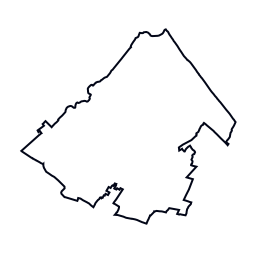 Mihai Eminescu, Botosani, Romania, rotated 87°
{"feature_id": "2599482B56977001468724", "entity_name": "Mihai Eminescu", "entity_type": "district", "adm_level": 2, "iso_a3": "ROU", "parent_name": "Romania", "parent_adm1": "Botosani", "projection": "mercator", "projection_center": [26.565, 47.773], "detail": "fine", "context": "isolated", "style": "outline", "palette": "ink", "viewbox_px": 256, "rotation_deg": 87, "n_neighbors": 0, "source": "geoboundaries", "source_scale": "gbopen_adm2", "svg_char_len": 5656}
<svg xmlns="http://www.w3.org/2000/svg" viewBox="0 0 256 256"><g transform="rotate(87 128 128)"><path d="M195.8,179.8L196.0,179.1L197.8,176.7L200.2,172.6L200.4,172.4L201.2,171.0L201.6,170.6L203.4,168.9L205.3,166.7L202.4,164.9L201.7,164.7L200.8,164.0L199.0,162.4L198.2,161.6L197.5,160.5L197.3,160.3L196.1,159.7L195.9,159.2L196.7,158.3L196.0,157.9L196.4,157.0L194.0,155.7L194.3,154.8L192.6,153.9L193.9,151.5L191.4,149.9L189.6,152.8L185.9,150.4L187.0,148.5L185.1,147.2L184.5,146.5L185.0,145.7L182.7,144.1L183.3,142.6L184.7,143.4L184.9,143.1L187.7,144.9L188.2,144.2L188.8,142.8L187.6,142.0L189.2,139.7L187.7,138.7L189.0,136.4L198.9,143.7L201.1,145.6L202.4,146.5L202.8,146.0L203.2,145.1L204.2,143.7L206.0,141.1L206.5,141.1L207.2,141.2L209.0,141.8L209.6,142.2L211.5,143.2L211.7,143.4L211.7,143.5L211.8,143.5L211.9,143.8L212.1,144.1L213.0,144.7L214.0,145.7L214.4,142.7L216.4,136.9L216.7,136.4L217.5,134.7L217.6,134.4L218.9,129.0L218.8,128.9L219.6,125.8L220.3,123.8L222.6,119.2L222.9,118.6L223.0,118.2L224.5,114.6L224.4,114.4L223.7,114.2L223.1,114.0L222.6,113.6L221.8,113.3L221.0,112.9L220.6,112.5L218.8,111.7L218.0,111.2L217.5,111.0L216.9,110.5L216.5,110.6L216.4,110.5L216.6,110.0L214.3,107.5L213.6,106.8L213.3,106.4L213.2,106.2L212.6,106.2L212.6,105.9L212.7,105.6L212.7,105.4L212.4,104.4L212.3,104.2L212.3,103.7L212.9,100.4L212.9,99.9L213.1,98.4L214.3,94.5L213.0,93.8L212.1,92.6L210.2,91.0L212.5,81.3L216.4,83.4L217.1,81.4L216.8,80.6L217.3,78.9L218.2,75.1L216.3,74.1L214.5,73.8L212.2,73.2L211.1,72.5L210.7,72.1L210.1,72.0L209.6,71.6L208.6,70.6L208.1,70.0L207.3,69.3L207.0,69.1L206.3,69.0L205.6,68.7L205.0,70.5L204.3,72.0L204.2,72.4L203.8,73.3L202.8,76.1L197.8,73.4L192.6,70.4L182.5,65.9L180.4,72.0L170.2,61.7L169.2,65.1L168.5,66.9L167.6,66.8L166.8,65.9L165.3,65.4L164.5,65.3L163.0,66.3L160.4,65.0L159.8,65.0L159.1,65.3L158.9,65.3L158.5,65.1L157.9,64.5L157.7,64.1L157.6,63.4L157.4,63.2L157.2,63.0L156.8,63.0L156.3,62.6L155.7,62.3L155.3,62.5L155.0,62.5L154.1,63.2L153.8,63.5L153.2,64.4L152.8,64.8L152.0,65.2L151.5,65.7L150.4,66.1L149.6,66.6L148.9,67.0L150.1,69.1L151.8,71.0L152.9,71.8L154.0,72.3L154.4,72.6L154.4,73.0L152.3,74.8L151.6,75.1L153.2,78.0L150.1,78.2L147.5,74.1L143.4,65.3L140.0,61.3L139.6,60.6L139.3,60.3L139.2,60.3L139.2,60.1L138.3,59.8L138.1,59.8L137.5,60.1L136.9,60.0L136.7,59.8L136.3,59.0L135.5,57.9L134.3,57.3L133.9,57.2L133.5,56.8L132.7,56.6L132.0,56.1L130.3,55.2L129.8,54.8L129.4,54.3L129.0,53.7L128.9,53.2L128.6,52.7L127.5,52.5L126.9,51.9L128.6,49.9L129.1,49.5L135.6,42.5L136.1,42.2L137.1,41.3L139.0,39.5L143.1,35.9L146.2,33.0L147.8,31.5L148.5,31.0L149.2,30.3L150.4,29.4L149.2,28.5L148.4,29.5L148.1,29.8L147.4,30.7L147.1,30.8L146.2,30.1L145.8,29.9L145.5,29.6L144.9,28.9L142.5,26.9L141.2,26.5L140.3,26.4L139.4,26.1L138.3,25.9L138.0,25.7L137.1,25.0L136.0,24.4L135.3,24.6L134.8,24.5L133.9,24.0L132.9,23.2L131.1,22.0L127.8,20.3L127.6,20.3L127.0,20.8L125.2,21.8L124.3,22.6L119.4,25.6L118.0,26.6L115.0,28.9L107.3,34.3L105.5,35.8L104.4,36.5L103.5,37.3L102.3,38.0L100.5,39.5L98.8,40.6L96.5,42.4L94.9,43.5L86.5,48.7L82.7,51.2L82.2,51.5L81.3,52.3L79.3,53.6L78.8,54.1L78.4,54.3L77.8,54.4L77.5,54.8L76.2,55.6L75.4,56.2L74.0,56.9L66.5,61.8L65.2,62.8L63.9,64.2L63.3,64.8L63.3,65.1L63.1,65.3L62.0,66.0L59.1,68.4L54.6,71.0L52.5,72.3L48.8,74.3L44.7,76.9L43.7,77.7L42.0,78.5L40.7,79.4L38.6,80.6L37.3,81.5L37.1,81.5L36.7,81.7L36.0,82.2L35.1,82.5L34.4,82.8L33.6,83.4L33.0,84.2L31.5,85.1L31.7,85.8L32.1,86.4L33.1,87.0L33.8,87.3L34.6,87.8L35.3,88.4L35.7,88.9L35.9,89.2L37.3,92.2L37.5,93.8L37.5,96.0L37.5,98.9L37.3,99.7L36.8,100.7L36.4,100.9L35.7,101.1L34.8,102.1L34.3,102.4L33.8,103.0L33.1,104.6L33.1,105.5L33.3,107.4L33.9,107.9L34.0,108.4L34.0,109.3L33.8,110.0L33.6,111.3L36.0,112.4L36.7,112.6L37.2,112.9L37.8,113.5L37.9,113.8L38.5,115.4L38.6,115.7L38.9,115.9L39.9,116.3L42.5,118.4L45.2,120.3L45.7,120.6L46.8,120.9L47.1,121.1L47.5,120.8L49.1,122.6L57.6,130.1L58.1,130.5L67.6,139.1L69.1,140.4L69.6,141.3L69.9,141.6L71.4,142.5L72.3,143.1L75.8,146.3L76.4,148.4L77.0,149.5L78.5,151.5L78.7,152.2L79.6,153.0L80.0,153.5L80.1,153.9L80.3,154.8L80.3,155.6L80.5,156.4L80.7,157.2L80.9,157.6L81.4,157.9L81.8,158.8L82.6,159.3L82.9,159.8L83.4,160.2L83.7,160.4L83.8,160.8L83.7,161.0L83.5,161.3L83.1,161.5L83.0,162.3L83.2,162.8L83.5,163.2L84.7,164.6L85.8,165.6L86.5,166.0L86.9,166.1L88.4,166.0L89.7,166.0L91.0,165.8L91.4,165.5L92.5,163.6L92.8,163.4L93.4,163.6L94.4,164.3L95.3,164.9L95.8,164.9L96.3,164.6L96.7,164.6L97.0,164.7L98.1,165.4L98.6,166.1L99.1,166.5L99.4,166.9L99.5,167.6L99.5,167.8L99.3,168.1L98.8,169.1L98.6,170.4L98.7,170.6L98.8,171.2L99.0,173.1L99.3,173.7L99.9,174.5L100.4,175.9L100.4,176.2L100.3,176.5L99.9,177.2L100.0,177.6L100.4,178.2L101.5,178.9L103.1,179.4L104.4,179.5L104.9,179.7L105.0,179.9L104.9,180.1L105.0,180.7L104.9,181.2L103.4,182.9L103.0,184.0L103.1,185.0L103.6,186.7L104.2,187.6L104.6,188.0L104.9,188.3L106.9,189.3L108.6,189.6L108.9,189.8L112.1,193.0L114.2,195.6L115.9,197.3L116.5,197.1L117.3,197.7L118.0,198.5L118.5,199.0L119.8,200.8L122.4,203.5L123.2,204.2L116.8,210.0L117.5,210.8L118.8,212.0L119.6,213.0L120.5,212.4L121.3,211.8L122.5,213.5L125.7,218.4L127.5,217.6L126.5,216.1L128.2,215.0L128.7,214.7L128.9,215.2L129.8,216.2L130.2,216.9L145.3,235.7L145.9,235.1L152.8,225.8L152.8,225.5L153.1,225.0L153.6,224.8L153.8,224.0L154.5,223.2L154.7,222.7L155.0,222.2L155.3,221.6L155.8,221.2L156.1,220.3L156.5,219.8L157.8,217.7L158.4,217.0L159.2,215.4L159.6,214.9L159.7,214.6L159.5,214.4L161.3,214.5L163.4,214.0L167.4,212.0L169.4,209.3L171.6,206.5L173.0,204.2L176.7,200.4L183.2,194.5L185.0,194.5L187.7,197.5L188.9,198.1L190.2,197.9L193.7,195.0L193.7,194.6L198.1,182.4L196.7,181.8L195.3,181.4L195.8,179.8Z" fill="none" stroke="#020617" stroke-width="2"/></g></svg>